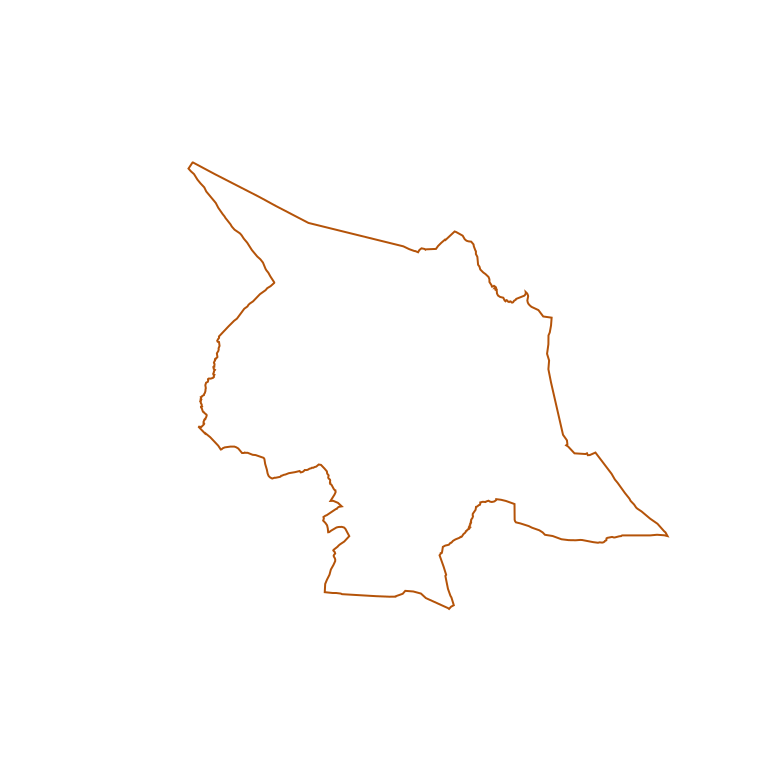 Monduli, Arusha, United Republic of Tanzania (orthographic projection), rotated 143°
{"feature_id": "72390352B11439822404473", "entity_name": "Monduli", "entity_type": "district", "adm_level": 2, "iso_a3": "TZA", "parent_name": "United Republic of Tanzania", "parent_adm1": "Arusha", "projection": "orthographic", "projection_center": [36.288, -3.452], "detail": "fine", "context": "isolated", "style": "outline", "palette": "amber", "viewbox_px": 768, "rotation_deg": 143, "n_neighbors": 0, "source": "geoboundaries", "source_scale": "gbopen_adm2", "svg_char_len": 6149}
<svg xmlns="http://www.w3.org/2000/svg" viewBox="0 0 768 768"><g transform="rotate(143 384 384)"><path d="M556.6,253.4L550.9,248.1L547.8,245.7L544.6,242.6L544.1,241.5L518.0,219.3L507.6,210.8L503.0,207.4L502.9,207.6L495.3,205.2L491.5,206.0L485.5,200.7L480.6,194.4L479.4,187.8L467.7,166.4L467.4,165.2L464.5,165.8L461.4,165.3L458.6,173.0L458.4,174.9L456.2,181.9L450.5,193.8L449.2,194.2L446.3,202.3L442.7,213.8L441.0,214.3L440.5,214.8L439.6,214.3L438.6,215.0L435.0,218.5L432.3,218.1L429.7,216.9L428.5,216.6L427.5,217.0L426.4,217.1L425.8,216.7L423.3,217.2L420.5,216.9L416.0,215.7L414.9,215.9L414.5,215.4L413.7,215.3L410.9,216.3L408.7,216.4L407.6,216.8L407.2,217.2L406.3,217.0L405.1,217.4L404.1,217.2L403.7,217.5L403.1,217.1L402.6,217.3L402.9,218.0L402.7,218.2L401.5,218.0L401.8,218.8L400.9,219.1L400.6,219.6L399.9,219.6L399.2,220.6L398.8,220.4L397.8,220.9L397.6,221.4L397.7,221.6L397.1,222.2L396.8,222.2L396.0,223.2L394.0,223.8L392.4,224.9L392.2,225.8L391.2,226.9L386.6,228.4L384.4,230.5L383.5,230.1L381.2,230.2L380.1,229.8L379.1,230.5L378.4,231.5L376.0,230.5L373.9,228.6L373.2,228.7L370.8,227.9L370.1,226.2L368.9,224.9L367.5,224.2L366.5,223.8L364.3,223.8L363.7,224.5L360.2,221.1L357.0,217.2L352.0,209.6L361.4,196.9L361.9,195.5L361.9,194.1L359.0,190.6L353.9,183.4L352.3,180.2L348.0,173.7L346.6,170.0L346.2,166.7L340.8,161.1L335.7,153.2L330.4,148.1L324.9,143.8L321.0,141.3L319.6,140.1L312.1,131.8L308.6,128.4L307.1,127.8L305.2,126.0L304.0,125.5L302.8,125.4L302.1,125.7L300.5,125.4L299.2,126.8L298.2,126.7L293.9,124.6L292.7,123.0L291.9,122.5L287.8,120.8L286.1,119.8L285.5,119.9L284.7,119.6L262.7,103.0L256.7,99.3L251.2,94.5L249.1,91.9L248.5,96.1L248.9,97.9L249.7,107.8L252.5,116.3L255.0,127.2L256.7,132.0L257.0,133.6L256.8,137.2L257.4,142.2L257.0,144.7L257.2,152.1L256.9,164.5L257.1,168.8L256.3,175.3L256.4,202.0L262.4,203.4L264.1,204.5L263.6,206.5L265.2,206.8L273.6,214.0L274.6,223.4L275.4,225.4L273.8,225.5L271.8,228.9L271.6,235.7L249.6,284.9L243.8,296.9L238.0,303.4L235.6,310.0L228.8,316.8L223.4,323.8L220.6,325.4L215.4,330.2L210.2,336.1L216.2,342.1L216.2,350.1L219.8,356.9L220.3,359.3L220.4,361.3L220.1,362.6L219.3,364.4L216.1,367.3L215.7,368.1L215.2,370.1L215.5,372.2L216.1,371.1L218.0,370.2L218.8,370.1L227.2,372.4L228.1,372.0L230.0,372.2L231.7,371.6L232.7,371.9L233.0,372.3L233.2,373.8L233.7,374.1L234.8,374.2L235.1,374.8L235.5,375.5L235.3,376.5L235.8,377.3L237.2,377.0L237.4,378.1L236.8,381.1L238.9,383.7L239.7,386.0L239.3,388.3L237.6,391.0L238.3,392.2L238.2,392.4L237.1,392.2L237.2,392.9L236.9,393.2L237.9,393.9L236.8,394.1L236.5,394.4L237.1,396.2L238.4,396.3L239.2,396.8L238.7,398.1L238.4,402.0L236.8,404.2L236.1,406.6L236.8,410.8L237.6,413.3L238.2,417.5L237.1,420.4L237.1,422.6L232.9,429.4L232.4,432.5L230.7,434.7L230.7,435.5L229.4,439.9L228.5,441.6L228.7,445.2L230.7,447.1L231.9,448.8L232.4,451.0L231.9,455.1L234.9,461.9L235.8,463.3L248.3,462.0L248.4,462.6L253.2,462.3L257.7,461.7L261.2,460.6L269.9,466.6L270.1,466.5L270.4,467.5L272.4,469.8L275.1,469.7L277.5,468.7L279.0,471.3L279.7,471.9L282.7,476.5L285.7,482.3L347.4,558.1L363.3,591.4L371.1,608.6L392.8,653.4L403.3,676.0L403.7,676.1L410.5,673.7L410.2,670.0L409.4,666.0L410.0,659.5L409.8,654.6L409.2,649.2L410.1,644.7L409.4,629.8L410.3,624.5L410.6,616.9L410.5,613.7L410.7,612.2L410.5,603.8L410.8,601.4L410.5,597.2L408.4,591.0L408.2,588.6L408.5,584.5L408.2,579.2L408.9,570.5L408.5,562.1L407.7,558.1L407.6,553.8L409.3,547.3L409.5,545.5L409.4,542.5L410.0,538.3L410.5,531.2L410.9,530.8L415.7,530.4L419.6,530.8L422.1,530.2L429.0,530.4L438.9,528.8L442.7,529.0L444.6,528.8L446.4,528.1L450.3,528.2L462.1,524.7L465.7,524.7L473.5,523.6L487.2,521.3L487.7,520.4L488.4,519.9L489.2,519.8L491.2,518.9L491.4,517.8L490.5,516.8L492.4,513.4L494.6,512.1L495.2,511.1L496.4,510.1L499.0,509.1L500.8,505.8L501.4,505.6L502.3,505.7L502.8,505.3L503.7,505.7L504.3,505.3L504.8,504.4L505.7,504.2L507.1,503.3L507.3,502.0L508.0,501.1L508.6,500.8L509.1,499.9L510.1,500.2L510.9,498.4L510.5,497.0L512.1,496.6L512.7,495.8L514.1,495.1L514.4,494.7L513.9,493.4L515.2,492.9L515.5,492.0L516.9,491.8L519.2,492.6L520.6,493.8L521.4,493.9L521.9,493.5L522.1,492.8L523.3,491.8L525.3,492.1L527.4,490.6L528.8,487.9L529.6,487.3L530.9,485.8L532.4,484.7L533.7,484.2L534.5,483.5L535.9,483.8L537.4,483.7L537.6,483.5L538.1,483.7L538.2,483.2L538.9,482.9L539.1,481.8L539.6,481.9L539.6,481.4L540.3,480.8L540.9,481.0L541.3,480.7L541.3,479.6L541.8,478.9L541.9,477.4L542.6,476.5L542.8,475.6L543.9,475.9L544.2,475.4L544.1,474.4L545.1,471.5L545.2,470.3L544.8,469.8L544.9,469.1L544.2,466.3L544.6,465.5L546.5,464.2L548.4,463.8L548.3,463.4L549.4,463.3L550.4,462.7L551.0,462.3L551.2,461.6L551.7,461.4L551.6,460.4L552.4,460.1L555.9,459.6L557.1,459.8L556.8,460.7L557.4,461.2L557.8,461.0L556.7,452.0L556.3,452.2L554.8,446.1L553.5,434.5L553.8,429.9L553.0,429.6L551.3,429.7L549.3,429.2L544.1,426.3L541.2,424.1L540.1,422.4L539.2,420.2L538.9,414.3L537.2,413.1L536.5,413.1L535.8,412.2L534.3,411.1L531.5,406.5L529.3,404.5L524.6,397.5L524.7,396.0L527.0,391.7L529.1,386.1L530.8,382.6L531.3,380.8L531.5,379.8L531.2,377.9L530.2,375.8L527.6,374.9L527.1,374.4L523.3,372.6L522.4,372.3L521.3,372.6L520.7,372.2L518.8,371.8L517.1,371.0L513.8,370.1L508.2,367.2L503.8,365.3L503.7,363.5L501.9,362.8L500.9,362.7L499.0,363.0L498.0,362.1L496.6,361.4L494.5,361.2L492.5,360.4L492.0,360.5L490.8,359.6L489.6,359.5L487.8,358.8L484.6,359.0L483.0,357.3L482.4,352.2L482.2,348.6L483.3,346.6L483.2,344.4L484.9,342.8L485.1,341.9L484.7,340.2L485.0,339.4L486.4,337.9L486.4,337.5L486.8,337.4L487.1,336.3L486.7,335.8L486.6,334.8L487.3,330.5L487.2,328.3L486.9,328.2L487.2,327.5L487.8,326.7L490.0,325.5L497.1,322.8L494.9,321.3L492.3,316.8L491.4,311.7L494.1,313.1L495.7,313.1L496.8,312.7L497.7,313.1L508.7,313.7L510.1,314.1L512.4,314.2L513.0,312.8L514.8,311.5L514.4,308.4L514.5,305.4L515.8,302.5L517.8,299.2L516.9,298.7L514.5,298.7L508.3,298.0L506.4,297.2L503.7,295.3L502.3,293.5L502.0,291.6L503.3,283.4L510.6,282.1L515.6,282.4L517.7,282.3L518.8,282.0L524.1,281.9L524.7,281.5L524.5,279.4L525.0,278.0L526.5,277.7L527.5,277.2L527.9,276.4L528.1,274.6L528.5,273.3L529.6,271.9L533.3,269.9L538.1,267.8L542.3,264.5L547.4,262.0L551.3,259.7L556.6,253.4Z" fill="none" stroke="#b45309" stroke-width="2"/></g></svg>